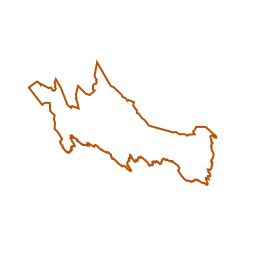 the district of Jondal nor, Hordaland, Norway, rotated 231°
{"feature_id": "86288312B59600167870114", "entity_name": "Jondal nor", "entity_type": "district", "adm_level": 2, "iso_a3": "NOR", "parent_name": "Norway", "parent_adm1": "Hordaland", "projection": "equal_earth", "projection_center": [6.252, 60.244], "detail": "fine", "context": "isolated", "style": "outline", "palette": "amber", "viewbox_px": 256, "rotation_deg": 231, "n_neighbors": 0, "source": "geoboundaries", "source_scale": "gbopen_adm2", "svg_char_len": 5672}
<svg xmlns="http://www.w3.org/2000/svg" viewBox="0 0 256 256"><g transform="rotate(231 128 128)"><path d="M160.0,66.3L158.9,66.3L158.4,66.1L158.4,65.8L158.3,65.7L155.8,66.0L154.8,65.6L154.7,65.2L153.4,65.2L153.4,64.9L152.9,64.8L151.8,65.1L149.3,64.9L148.7,65.1L147.6,65.0L148.1,65.2L147.9,65.3L147.9,65.6L146.9,65.7L147.0,66.1L146.2,66.4L146.4,66.6L146.1,66.8L146.0,67.8L146.5,68.1L146.8,68.7L146.6,68.9L146.7,69.2L146.3,69.5L147.3,70.2L146.7,70.7L147.4,71.0L147.6,71.3L148.3,71.4L149.0,71.9L149.1,72.2L149.1,72.5L148.7,72.7L148.9,72.8L148.8,73.3L149.0,73.5L148.9,73.8L148.2,74.3L147.7,75.1L148.2,75.1L148.2,75.5L149.1,75.8L150.5,76.1L152.9,76.1L154.5,76.8L156.3,76.8L156.8,77.8L156.5,78.0L156.9,78.0L156.8,78.4L157.0,78.8L157.7,78.7L157.6,78.9L157.8,79.1L157.7,79.3L157.9,79.3L157.8,79.8L157.0,79.9L156.3,79.6L156.3,79.8L154.3,80.1L151.8,81.1L151.2,80.9L150.9,81.2L149.5,81.0L149.4,80.9L149.4,80.5L148.1,81.2L146.4,81.4L145.8,81.8L144.9,81.6L144.0,81.8L143.2,82.3L143.1,82.5L143.4,82.5L143.4,82.8L142.5,83.1L142.1,83.6L142.0,84.0L140.6,84.9L141.2,85.1L140.7,85.8L140.7,86.1L140.9,86.4L140.8,86.8L139.8,86.2L139.2,86.4L139.4,86.5L139.7,86.9L139.4,87.0L140.7,87.0L140.4,87.1L140.4,87.3L141.1,87.2L141.3,87.2L140.8,87.6L140.5,87.4L139.2,87.8L139.0,88.0L139.4,88.2L137.5,88.7L136.5,89.3L135.2,89.7L135.3,89.8L134.8,90.4L135.5,91.4L135.3,92.1L133.3,92.7L129.6,93.0L128.3,93.6L127.8,93.6L127.6,93.9L127.1,93.9L126.8,94.0L127.0,94.1L124.6,94.8L123.4,95.7L122.5,95.9L122.5,96.4L121.8,96.7L122.0,97.0L121.8,97.2L118.0,98.0L116.3,96.9L114.0,96.3L113.8,96.6L114.6,96.8L114.6,97.0L113.7,97.1L113.6,96.9L113.7,97.1L113.2,97.1L113.2,97.3L112.1,97.7L110.2,97.8L108.6,98.2L106.1,98.2L104.5,98.6L103.6,99.1L102.0,99.1L101.6,99.5L101.8,100.1L101.1,101.3L99.7,101.5L99.2,102.0L98.2,101.6L96.8,102.0L95.5,101.9L95.2,102.1L94.1,102.3L93.8,102.6L92.8,103.0L93.0,103.7L93.7,103.9L97.3,104.3L97.9,104.1L98.1,104.4L99.0,104.3L99.3,104.6L100.1,104.7L101.1,105.1L102.1,106.7L102.1,106.9L101.9,106.9L101.7,107.6L102.0,108.1L102.4,108.4L102.1,108.6L104.0,109.4L104.0,109.6L103.7,109.9L103.6,110.6L103.4,110.7L104.0,111.0L104.1,111.4L103.9,111.6L104.2,111.9L104.7,111.8L105.0,112.0L104.7,112.0L105.5,112.4L105.5,112.7L104.5,112.9L102.4,112.2L100.4,112.0L99.6,112.2L98.4,111.8L97.7,111.9L97.6,112.2L97.2,112.4L97.1,112.8L98.0,114.0L96.5,114.3L96.6,115.0L97.6,115.6L97.9,116.1L97.8,116.4L98.1,116.6L98.0,117.1L98.2,117.3L98.6,117.6L98.4,118.0L98.0,118.1L98.0,118.4L97.1,118.8L97.3,119.3L97.6,119.6L95.9,120.4L94.3,120.5L92.3,121.1L88.5,121.5L85.7,120.8L85.0,121.1L85.2,121.7L84.8,122.2L84.8,122.6L83.7,123.5L83.8,124.0L84.5,124.2L84.3,124.6L84.7,124.7L85.1,125.4L86.3,125.5L86.5,125.7L85.8,127.1L84.8,127.1L84.5,127.4L83.8,127.6L84.6,129.2L83.0,129.8L82.8,129.5L82.4,129.6L82.5,130.0L82.1,130.1L81.4,129.8L79.8,130.1L79.5,131.5L80.8,132.5L81.0,133.8L81.7,134.2L81.6,134.8L82.0,136.0L81.8,136.5L81.3,136.9L80.5,137.1L79.7,136.9L78.9,137.3L78.7,138.1L79.2,138.2L79.0,138.6L77.5,138.7L76.3,139.6L75.3,140.1L75.1,140.2L75.4,140.4L75.3,140.8L74.3,141.6L73.5,141.9L72.9,141.6L72.1,141.8L67.3,143.2L66.5,142.9L65.0,142.9L64.9,142.6L63.8,141.9L63.8,140.8L63.4,140.2L62.5,140.3L61.6,140.1L61.0,139.7L59.0,139.7L57.3,139.4L55.4,139.7L54.3,139.5L52.7,139.7L50.7,140.1L49.8,140.7L49.6,141.6L48.4,141.9L47.9,142.4L47.6,142.3L47.8,142.5L47.6,142.6L46.5,143.2L46.7,143.5L46.0,144.1L46.2,144.6L45.8,144.9L45.9,145.2L45.3,146.2L45.5,146.4L45.9,147.5L45.5,148.0L44.7,148.2L44.6,148.5L43.8,148.9L43.8,149.6L42.3,149.9L39.3,150.9L37.3,152.1L37.4,152.5L36.9,152.8L35.4,153.2L35.6,153.3L34.9,153.2L34.3,153.4L34.2,154.3L34.9,154.4L34.9,155.0L35.8,155.6L36.9,155.7L38.8,156.2L40.1,157.1L39.8,157.5L37.7,158.4L39.4,158.9L40.5,159.7L40.4,160.1L38.8,161.0L39.0,161.9L40.6,162.9L41.5,163.0L42.5,162.6L44.1,163.1L44.1,163.8L44.6,163.9L44.3,164.0L44.9,164.5L44.8,164.9L43.9,165.5L43.8,165.9L44.2,166.7L44.3,167.7L45.2,168.2L45.4,169.1L46.1,169.4L47.0,170.6L48.2,171.0L48.5,171.1L48.2,171.3L48.8,171.4L48.7,171.6L49.0,172.1L50.2,172.2L50.7,172.7L50.6,173.2L51.0,173.6L51.2,174.8L51.9,176.0L52.9,176.9L53.8,178.1L55.3,178.8L57.2,178.8L60.2,180.3L60.5,180.5L60.5,180.8L60.8,180.7L61.7,181.2L62.0,182.2L62.6,182.5L62.7,183.0L63.3,183.6L63.1,184.2L63.2,184.4L63.6,184.4L63.7,184.2L64.2,184.3L63.9,184.2L64.1,184.1L65.1,184.2L65.7,184.6L65.4,184.9L65.7,184.7L66.2,185.2L66.2,185.5L68.8,186.1L69.7,186.8L69.9,187.3L69.9,187.6L69.2,188.6L67.8,189.1L66.3,189.2L65.6,189.8L65.6,190.3L65.2,190.5L66.3,191.2L67.1,191.2L71.0,190.3L80.1,189.0L86.0,181.6L84.9,179.8L84.4,177.7L84.4,176.5L83.7,176.2L81.1,175.9L84.5,171.2L84.8,169.2L87.0,168.5L89.9,165.4L90.3,164.2L94.6,162.9L95.6,161.5L95.7,160.7L116.7,145.7L122.9,146.0L127.8,145.0L132.4,145.4L134.0,144.3L136.6,146.2L137.7,145.8L142.2,146.2L144.4,148.9L145.1,148.6L145.4,148.1L149.2,146.3L149.2,144.6L152.5,144.9L155.7,143.3L157.9,144.0L168.9,142.5L171.2,141.2L173.6,141.3L198.5,145.3L189.5,134.7L187.1,134.1L185.1,134.0L184.7,133.4L184.7,133.0L184.0,132.9L182.4,131.3L183.4,129.1L182.7,127.1L179.8,124.9L178.6,125.2L178.1,125.7L177.8,123.4L177.8,119.0L181.1,116.8L192.1,115.6L186.7,108.5L184.9,107.6L183.9,106.8L184.1,106.3L180.1,104.9L174.3,101.9L180.3,98.2L179.5,96.4L184.1,95.5L201.4,101.1L211.3,102.6L209.4,99.4L207.8,99.0L206.7,98.4L206.1,97.1L204.0,96.7L203.4,94.6L203.5,93.8L205.3,93.4L205.3,93.1L207.8,93.7L208.9,91.5L216.8,88.2L217.1,87.9L216.6,87.2L218.2,87.4L220.0,87.1L220.2,86.7L221.4,86.5L221.8,76.4L200.1,75.9L200.2,77.7L199.1,80.5L196.5,82.9L190.4,78.3L186.9,78.5L185.6,79.0L184.0,79.0L181.5,75.9L179.4,75.2L177.6,74.1L173.3,70.3L170.5,70.8L167.4,70.8L162.3,69.9L161.0,70.0L160.6,69.0L160.7,68.2L160.3,67.5L160.0,66.3Z" fill="none" stroke="#b45309" stroke-width="2"/></g></svg>